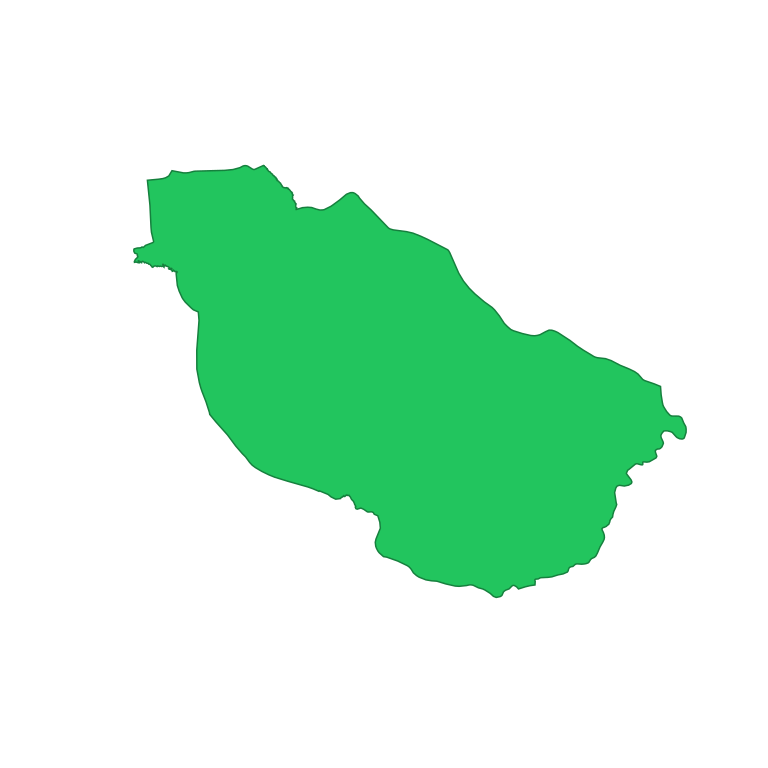 the district of Khun Han, Si Sa Ket, Thailand, rotated 293°
{"feature_id": "78962969B74120262263658", "entity_name": "Khun Han", "entity_type": "district", "adm_level": 2, "iso_a3": "THA", "parent_name": "Thailand", "parent_adm1": "Si Sa Ket", "projection": "equal_earth", "projection_center": [104.436, 14.547], "detail": "fine", "context": "isolated", "style": "filled", "palette": "green", "viewbox_px": 768, "rotation_deg": 293, "n_neighbors": 0, "source": "geoboundaries", "source_scale": "gbopen_adm2", "svg_char_len": 6155}
<svg xmlns="http://www.w3.org/2000/svg" viewBox="0 0 768 768"><g transform="rotate(293 384 384)"><path d="M479.1,86.6L457.1,98.7L436.8,108.5L432.9,110.6L425.1,116.3L424.5,116.3L423.9,116.0L418.4,110.3L415.7,109.1L415.6,107.7L414.9,107.3L414.0,106.3L412.8,103.8L410.7,101.2L409.7,101.3L408.3,102.0L407.1,103.4L407.2,106.0L406.4,106.7L405.6,106.8L405.3,107.5L405.0,107.7L404.4,107.7L401.5,106.4L400.6,106.5L399.3,106.3L398.7,106.7L398.5,106.8L399.4,108.1L399.6,110.4L400.1,111.7L400.7,111.6L400.9,110.1L401.3,109.7L401.5,109.8L401.4,111.9L401.0,113.5L402.2,113.4L402.7,114.0L402.4,115.7L402.0,116.2L402.8,116.9L402.5,118.5L402.9,119.8L402.4,120.6L402.7,121.7L402.4,122.5L401.9,123.0L401.8,123.9L401.1,124.6L401.1,125.6L402.3,126.0L403.3,127.1L403.5,128.2L403.4,129.3L404.3,129.6L404.4,131.3L405.1,132.0L405.3,133.5L406.1,134.4L405.6,135.8L405.9,135.7L407.4,133.7L407.9,133.8L407.4,135.5L407.0,135.9L407.1,136.2L407.9,136.5L407.5,137.4L407.6,139.2L407.4,140.5L406.8,141.4L406.0,140.8L405.7,141.4L406.0,142.0L407.0,142.3L407.4,143.1L407.4,143.5L407.1,143.7L406.4,143.1L406.0,143.1L405.7,144.6L405.0,145.1L405.6,145.8L406.5,145.8L406.3,146.8L405.8,147.7L406.5,149.0L406.4,149.7L405.6,149.9L405.1,149.3L404.1,149.7L393.9,155.3L389.4,159.2L384.8,164.2L383.8,165.5L381.6,169.3L378.6,177.0L377.8,179.6L377.8,184.9L370.2,188.9L341.8,198.5L324.6,205.9L313.1,213.5L308.8,216.9L305.8,219.6L298.1,227.1L289.6,234.4L287.9,235.5L283.4,244.1L276.0,259.8L269.0,271.7L264.5,280.9L262.8,285.1L259.3,291.0L257.8,294.3L256.8,298.3L255.8,305.8L255.4,313.5L255.5,319.8L256.9,333.5L259.5,354.3L259.8,359.5L259.8,366.1L260.4,366.3L260.5,375.7L259.4,379.3L259.1,384.5L261.6,388.8L262.3,388.8L263.0,389.1L263.4,389.7L264.2,389.8L264.7,390.7L265.1,390.6L264.9,391.2L265.2,391.4L265.2,391.9L266.2,392.4L266.4,392.2L267.0,393.1L267.4,393.2L267.1,393.8L267.9,395.4L267.3,395.9L267.2,396.7L265.1,399.2L264.0,401.8L262.6,403.3L261.6,404.1L260.9,405.2L260.3,405.8L260.0,405.6L259.3,405.8L258.3,406.8L258.3,408.2L260.8,411.2L260.7,414.4L259.8,418.7L260.2,420.0L261.4,422.2L261.6,423.7L261.3,424.7L260.3,425.9L260.3,429.8L255.1,434.2L249.8,437.0L238.2,437.2L234.9,437.8L231.4,439.8L229.7,441.4L227.9,443.6L226.8,445.5L224.9,451.0L225.7,454.1L226.4,465.8L225.9,476.5L225.5,478.4L224.9,479.9L224.0,481.6L221.7,484.8L220.4,488.7L219.9,491.7L220.1,499.1L221.4,504.6L223.1,509.6L224.1,518.9L225.8,528.4L227.1,532.2L230.7,538.7L232.4,541.0L233.1,542.6L233.6,544.7L233.3,550.5L233.9,555.0L233.8,557.4L232.8,563.5L231.3,567.7L231.4,570.7L233.7,574.0L234.9,574.9L235.8,575.2L239.3,575.2L240.6,575.8L241.7,576.5L244.4,579.3L247.8,580.6L249.0,581.4L249.4,582.4L249.3,584.2L249.0,585.6L247.9,587.9L252.6,593.4L255.4,597.2L258.0,601.5L261.4,600.3L262.5,599.4L263.1,599.4L263.6,599.8L264.8,602.1L266.5,603.4L267.2,604.5L270.1,610.5L272.1,613.9L276.2,618.7L279.2,623.1L282.6,626.3L283.9,626.5L286.1,626.2L287.6,626.4L288.9,627.6L289.9,629.2L292.3,630.3L293.0,630.8L293.8,631.8L295.4,636.4L296.5,638.5L297.6,640.2L299.2,641.9L300.2,642.3L303.0,642.7L304.5,643.4L306.7,645.4L308.4,646.2L311.7,646.5L318.4,646.5L324.1,647.2L327.0,647.3L328.8,646.9L330.9,645.8L333.1,643.9L334.8,641.9L336.1,641.1L337.6,641.9L338.2,642.8L339.9,644.3L341.4,644.9L342.5,645.7L345.5,645.7L346.3,645.3L348.8,645.6L350.8,646.4L353.4,645.7L356.5,645.3L361.1,645.5L364.0,645.3L365.3,644.2L374.2,638.7L379.0,638.0L380.9,638.4L381.6,638.9L382.8,640.4L384.0,645.1L386.5,648.7L389.0,650.5L390.0,650.6L390.9,650.3L392.3,648.9L396.0,642.5L396.5,642.0L399.8,642.0L401.2,642.9L408.5,646.7L409.2,647.5L409.6,648.6L410.0,651.8L410.4,653.2L410.8,653.6L411.2,653.6L413.0,652.8L413.4,652.9L413.8,653.5L414.8,656.5L416.1,658.6L422.3,663.3L423.9,663.4L424.7,662.9L426.7,661.0L428.3,659.9L429.1,659.8L431.0,661.1L431.8,662.8L432.8,663.6L434.8,664.4L438.0,664.4L438.7,664.3L439.9,663.4L442.9,660.1L444.6,659.0L446.9,659.0L450.0,659.9L450.8,661.2L451.6,663.2L452.1,666.3L452.1,668.2L449.7,673.3L449.2,674.8L449.1,677.5L449.8,679.9L450.4,680.7L451.4,681.4L452.6,681.4L457.4,681.0L460.4,679.8L461.8,679.0L462.7,678.4L465.2,675.2L469.0,671.4L469.5,670.0L469.6,667.9L466.9,661.3L467.0,659.3L469.1,654.9L472.2,650.5L473.6,649.0L476.0,647.3L482.4,643.3L489.8,639.5L489.7,632.6L489.0,622.8L489.2,620.7L489.6,619.7L492.4,614.0L493.3,609.8L493.6,604.1L493.5,593.9L494.3,584.0L493.9,578.0L491.6,570.3L491.3,568.3L491.3,566.5L493.0,554.5L494.3,547.5L496.7,538.4L499.0,525.6L499.3,523.8L499.4,520.5L499.1,517.6L498.1,514.9L495.3,512.3L490.3,508.3L488.6,506.1L487.2,503.7L486.0,500.2L484.5,491.7L483.6,482.4L483.7,479.5L485.1,475.1L486.8,471.0L491.7,463.7L495.4,456.9L496.7,453.6L498.8,444.2L502.5,432.3L505.5,424.9L509.8,416.9L515.2,409.5L530.6,393.2L532.2,391.0L532.5,389.6L534.1,368.4L534.4,360.2L534.2,351.8L533.0,345.0L529.5,332.4L529.1,329.3L529.2,327.8L529.5,326.7L539.2,304.1L542.2,295.6L545.5,288.9L547.0,286.7L548.0,283.1L548.1,281.8L548.0,280.5L547.0,278.3L544.0,275.3L536.1,271.3L528.7,266.9L526.8,265.7L521.1,260.8L520.1,259.2L519.1,257.0L518.5,253.2L518.2,248.5L516.9,244.7L514.5,240.1L510.3,235.0L510.6,234.7L511.0,234.9L512.0,234.9L512.1,234.0L513.3,233.1L514.0,233.0L515.0,232.4L515.4,232.7L516.4,230.8L517.4,230.3L517.4,229.3L517.7,229.1L518.5,227.4L519.6,227.2L521.2,226.4L522.4,226.6L522.4,225.9L523.2,225.5L523.3,225.0L524.1,224.9L524.3,224.2L524.7,223.9L524.6,223.4L526.0,220.9L525.9,220.0L526.2,219.3L526.6,219.5L526.8,219.1L526.6,218.7L526.8,218.0L526.6,217.4L526.2,217.3L525.9,215.7L525.6,215.3L525.9,213.4L526.2,212.9L526.5,212.9L527.5,211.4L527.8,210.9L528.4,210.3L528.7,209.0L529.3,208.0L529.6,206.8L529.5,206.1L530.3,205.5L530.6,205.6L530.7,204.7L531.1,204.8L531.4,204.0L531.8,203.8L531.7,203.3L532.0,203.2L532.2,201.8L532.6,201.6L532.8,200.1L533.5,199.4L533.9,197.6L534.6,196.5L534.8,195.8L534.6,195.2L535.3,193.6L535.7,193.4L535.8,192.5L536.5,192.4L536.5,191.9L537.5,189.9L537.5,188.9L538.1,188.5L538.1,187.7L531.4,181.5L530.6,180.6L530.4,179.1L531.3,173.5L531.2,172.3L530.8,170.9L530.3,170.0L529.5,169.0L526.8,166.8L522.4,161.2L518.4,153.9L506.3,127.4L505.5,125.9L502.4,121.9L501.0,119.4L500.0,117.0L497.5,105.5L491.4,104.6L488.5,102.4L486.7,100.2L484.5,96.6L479.1,86.6Z" fill="#22c55e" stroke="#15803d" stroke-width="1.5"/></g></svg>